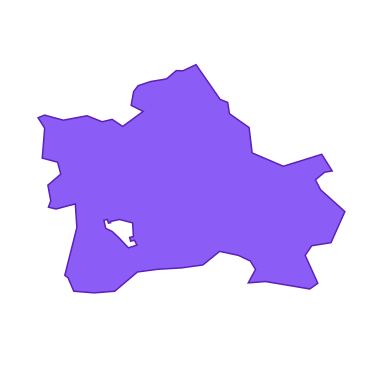 Karmana, Navoi, Uzbekistan, rotated 166°
{"feature_id": "79887680B23954211598190", "entity_name": "Karmana", "entity_type": "district", "adm_level": 2, "iso_a3": "UZB", "parent_name": "Uzbekistan", "parent_adm1": "Navoi", "projection": "mercator", "projection_center": [65.268, 40.01], "detail": "fine", "context": "isolated", "style": "filled", "palette": "violet", "viewbox_px": 384, "rotation_deg": 166, "n_neighbors": 0, "source": "geoboundaries", "source_scale": "gbopen_adm2", "svg_char_len": 1093}
<svg xmlns="http://www.w3.org/2000/svg" viewBox="0 0 384 384"><g transform="rotate(166 192 192)"><path d="M157.3,314.6L171.6,311.8L177.9,313.6L189.4,307.9L205.4,309.2L218.6,308.2L224.3,303.6L230.1,290.8L219.9,282.0L243.4,272.4L251.9,281.8L262.2,281.9L275.4,291.4L299.4,292.8L316.5,302.3L323.4,301.3L319.5,289.6L329.1,261.1L315.2,253.4L315.0,241.1L330.2,233.5L331.2,217.5L335.0,212.0L328.1,208.4L308.1,208.7L312.3,185.4L335.6,141.9L333.0,138.7L330.7,124.3L311.4,117.8L291.0,114.4L264.3,127.6L243.9,125.3L220.5,120.9L199.1,118.6L179.6,127.7L162.3,119.3L152.1,110.9L149.1,101.5L159.4,90.2L142.5,87.4L101.2,69.4L92.0,73.0L97.5,103.2L88.8,110.9L69.4,109.2L48.4,136.0L66.7,163.1L69.3,174.0L58.5,179.1L50.9,178.5L57.0,197.2L97.2,194.9L124.2,215.4L121.0,240.7L136.7,258.9L135.7,270.3L142.3,275.0L157.3,314.6ZM270.1,158.3L274.0,165.3L279.0,173.0L284.5,177.6L284.3,185.9L280.8,185.8L280.6,182.0L278.4,181.9L278.4,183.1L269.2,182.9L267.2,181.9L257.1,176.4L259.6,163.0L263.5,163.0L263.5,159.1L259.5,159.1L258.3,153.8L267.2,153.2L270.1,158.3Z" fill="#8b5cf6" stroke="#5b21b6" stroke-width="1.5"/></g></svg>